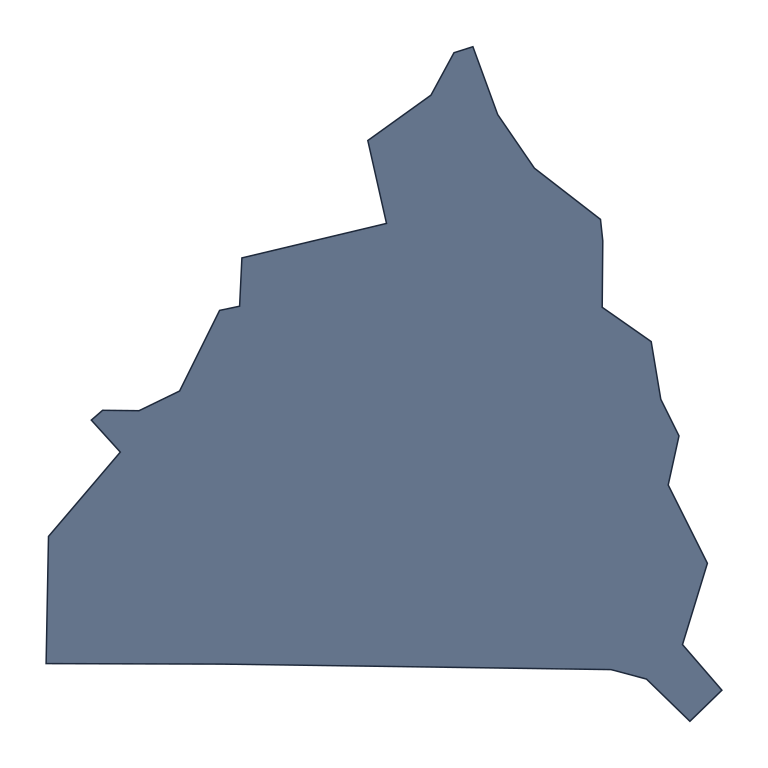 the district of Butts, Georgia, United States of America
{"feature_id": "52423323B49879158216450", "entity_name": "Butts", "entity_type": "district", "adm_level": 2, "iso_a3": "USA", "parent_name": "United States of America", "parent_adm1": "Georgia", "projection": "mercator", "projection_center": [-83.954, 33.312], "detail": "fine", "context": "isolated", "style": "filled", "palette": "slate", "viewbox_px": 768, "rotation_deg": 0, "n_neighbors": 0, "source": "geoboundaries", "source_scale": "gbopen_adm2", "svg_char_len": 520}
<svg xmlns="http://www.w3.org/2000/svg" viewBox="0 0 768 768"><path d="M46.1,663.6L221.8,664.1L611.0,669.6L646.5,679.1L689.9,721.3L721.9,690.2L682.5,644.6L707.4,563.3L668.2,485.0L679.0,435.9L660.8,399.3L651.2,341.6L602.2,307.3L602.8,240.9L600.5,219.4L534.4,168.2L497.7,114.6L472.9,46.7L454.0,52.7L431.0,95.1L367.8,140.5L386.5,223.4L241.9,257.9L239.6,306.2L219.6,310.4L179.6,391.0L139.0,410.7L102.6,410.3L91.3,420.1L120.3,452.1L91.3,486.2L48.5,536.4L46.1,663.6Z" fill="#64748b" stroke="#1e293b" stroke-width="1.5"/></svg>